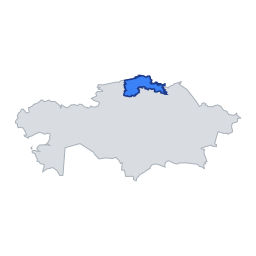 North Kazakhstan highlighted on a map of Kazakhstan
{"feature_id": "KAZ-3204", "entity_name": "North Kazakhstan", "entity_type": "Region", "adm_level": 1, "iso_a3": "KAZ", "parent_name": "Kazakhstan", "parent_adm1": "", "projection": "equal_earth", "projection_center": [70.634, 53.821], "detail": "fine", "context": "in_parent", "style": "filled", "palette": "blue", "viewbox_px": 256, "rotation_deg": 0, "n_neighbors": 0, "source": "natural_earth", "source_scale": "10m", "svg_char_len": 8018}
<svg xmlns="http://www.w3.org/2000/svg" viewBox="0 0 256 256"><path d="M150.3,168.3L149.0,168.9L148.2,169.9L147.2,169.6L145.4,171.5L139.9,174.6L136.5,178.8L136.4,180.7L135.5,180.7L133.4,179.3L133.8,177.6L132.8,176.3L125.6,176.4L124.5,170.2L121.6,170.1L122.3,162.7L120.6,163.5L118.9,160.3L115.6,157.3L112.9,158.5L105.8,157.9L98.8,158.9L94.3,153.9L93.5,152.2L80.0,143.6L65.1,147.7L62.9,175.4L59.8,175.5L56.8,170.4L52.8,167.6L46.4,169.1L42.9,171.9L43.0,169.4L44.1,166.9L44.2,164.4L40.2,163.6L38.8,161.4L37.0,161.3L37.3,159.0L36.1,157.0L35.1,153.7L32.4,152.7L32.0,151.7L32.4,150.8L33.1,150.5L35.6,150.4L37.3,151.4L39.5,151.2L38.2,150.5L36.7,148.3L39.4,145.1L45.2,144.7L49.5,145.3L47.3,143.5L49.8,139.0L49.6,136.9L50.3,135.5L49.9,134.1L49.1,133.4L46.7,133.2L44.6,134.3L41.8,132.9L39.5,132.3L35.0,134.0L31.8,136.0L28.7,136.6L28.7,137.4L28.2,137.2L27.7,137.5L27.9,137.9L24.6,136.2L24.1,135.6L24.2,135.0L26.2,135.2L26.7,134.7L23.2,128.0L19.4,127.3L18.3,127.8L17.4,126.3L17.5,124.2L15.5,123.0L15.4,121.8L16.1,120.2L18.3,117.7L17.3,116.2L17.5,115.3L18.8,112.8L20.4,111.8L21.1,109.9L22.2,109.0L23.3,109.1L26.2,112.8L26.7,113.0L28.6,112.3L29.1,111.7L28.5,107.5L29.5,107.6L32.6,105.9L33.7,104.3L35.5,103.9L38.4,102.6L41.3,99.9L43.3,100.4L44.1,101.6L45.5,101.5L49.0,100.0L50.7,101.5L54.9,101.5L58.9,104.6L60.2,106.4L60.4,107.7L60.8,108.1L61.4,107.2L61.0,105.2L61.6,104.8L65.3,107.2L67.0,107.7L69.1,106.8L69.7,105.9L71.7,104.7L72.3,105.0L74.5,104.4L76.8,105.6L77.9,105.4L79.0,104.2L81.8,104.4L84.5,107.0L87.6,107.5L87.9,108.4L89.5,107.7L91.0,105.9L92.9,107.1L95.7,107.0L98.2,105.8L99.4,103.3L99.3,102.6L98.3,101.8L93.6,100.4L93.2,99.6L91.3,98.5L93.6,97.2L94.9,97.0L96.7,95.7L95.7,93.4L97.3,91.5L102.2,91.6L102.8,91.2L102.5,90.5L100.7,89.7L98.2,89.3L98.1,89.0L98.5,88.3L100.1,87.8L99.8,87.4L98.6,87.6L97.2,87.1L98.7,84.5L102.4,85.0L115.9,82.1L118.4,82.0L119.2,82.4L120.1,81.2L121.4,80.5L125.3,80.2L135.5,78.2L136.0,77.7L135.8,77.0L137.5,76.7L139.9,75.5L142.5,75.8L146.1,77.0L149.1,76.1L150.0,77.2L151.4,80.7L151.3,82.2L150.7,82.9L150.9,83.2L152.2,83.6L155.8,83.3L156.7,82.5L157.8,83.8L158.1,85.0L158.9,84.6L158.7,84.0L159.0,83.7L160.6,83.9L162.3,84.9L164.8,84.3L164.7,85.1L162.7,86.6L162.6,87.3L163.3,88.3L165.7,87.1L167.5,87.4L168.3,88.0L168.8,87.0L170.8,85.8L172.8,85.3L173.6,84.8L173.9,84.0L181.2,81.7L180.4,83.7L179.1,83.6L179.5,84.5L187.0,89.5L196.3,101.5L199.4,106.4L201.7,105.2L201.8,103.6L203.3,102.8L205.5,103.5L205.3,105.1L207.0,105.1L207.5,106.6L213.1,106.7L214.5,105.6L217.7,104.9L221.0,106.4L223.4,110.1L227.1,111.4L227.3,112.5L228.8,114.5L234.1,115.3L236.6,113.3L236.9,113.9L236.5,114.8L237.5,115.4L238.7,116.8L240.1,117.3L240.6,118.2L237.8,118.4L237.5,119.2L237.6,120.9L236.8,122.1L232.4,123.2L231.5,126.5L232.6,131.2L231.8,132.6L230.4,132.8L228.0,134.3L227.3,133.3L223.6,133.3L218.0,131.7L214.7,143.3L214.8,143.9L216.5,144.6L216.6,145.5L216.1,146.8L214.6,146.1L212.8,146.5L211.3,145.1L202.2,147.7L201.2,148.6L201.9,149.2L203.4,149.1L204.7,149.8L204.0,151.0L204.2,154.4L206.1,158.4L206.3,160.3L207.1,161.4L206.9,161.8L206.1,161.7L204.8,162.3L204.8,162.8L205.8,163.6L203.9,164.6L203.7,165.4L204.4,168.4L204.1,168.7L202.3,167.0L199.5,166.5L197.6,164.3L185.2,162.8L178.6,163.1L177.4,164.0L175.9,163.8L172.7,162.8L169.1,160.8L167.6,161.1L165.4,162.6L164.7,165.7L165.1,167.1L158.0,164.4L155.0,164.0L152.1,164.6L150.0,167.6L150.3,168.3ZM32.0,148.8L31.4,149.0L31.0,148.2L31.2,147.4L31.7,147.1L31.2,148.1L32.0,148.8ZM46.6,144.7L46.1,144.5L45.9,144.2L46.6,143.9L46.6,144.7Z" fill="#d9dde1" stroke="#a8b0b8" stroke-width="1"/><path d="M139.7,75.3L140.6,75.5L140.8,75.8L140.9,76.0L141.2,75.9L141.6,75.6L142.5,75.8L143.5,75.9L144.2,76.2L144.3,76.3L144.7,76.7L144.9,76.8L145.3,76.8L145.5,76.9L146.2,77.2L146.3,77.2L146.6,76.9L147.1,76.8L147.2,76.7L147.3,76.5L147.5,76.2L148.0,76.3L148.4,76.3L148.5,76.2L149.0,76.0L149.3,76.1L149.5,76.2L149.3,76.4L149.3,76.5L150.2,77.4L150.3,77.6L150.3,78.0L150.2,78.2L150.3,78.4L150.2,78.6L150.2,78.8L150.4,79.1L150.4,79.3L150.5,79.5L151.0,79.8L151.4,79.8L151.5,79.9L151.8,80.1L151.8,80.3L151.8,80.5L151.7,80.6L151.4,80.6L151.2,80.7L151.2,80.9L151.2,81.4L151.2,81.5L151.3,81.6L151.3,81.9L151.5,82.0L151.5,82.5L151.1,82.6L150.7,82.4L150.3,82.5L150.3,82.8L150.7,82.9L150.8,83.0L150.7,83.1L150.7,83.3L150.9,83.5L151.0,83.5L151.2,83.9L151.3,83.9L151.6,83.9L151.8,83.7L152.0,83.4L152.3,83.3L152.5,83.4L152.8,83.4L152.9,83.6L153.0,83.9L153.4,83.8L153.5,83.8L153.9,83.9L154.2,83.7L154.2,83.4L154.2,83.2L154.3,83.1L154.5,83.0L155.5,83.1L155.8,83.2L156.1,83.6L156.3,83.8L156.6,83.8L156.7,83.7L156.7,83.4L156.3,83.3L156.2,83.2L156.1,82.9L156.3,82.6L156.2,82.5L155.9,82.3L155.9,82.2L156.0,82.1L156.5,82.2L156.7,82.3L156.9,82.4L157.1,82.6L157.1,82.8L157.4,83.0L157.5,83.1L157.3,83.4L158.3,83.7L158.3,83.8L158.2,83.9L157.9,84.0L157.7,84.0L157.8,84.3L158.0,84.5L157.9,84.7L157.7,85.0L157.8,85.2L158.0,85.3L158.2,85.2L158.3,85.2L158.5,85.0L158.6,84.8L158.8,84.8L159.3,84.9L159.5,84.9L159.4,84.7L159.2,84.3L158.9,84.3L158.4,84.3L158.4,84.2L158.5,84.0L158.8,83.8L159.0,83.7L160.4,83.8L160.7,83.8L160.8,83.8L160.9,84.0L160.9,84.3L161.2,84.4L161.2,84.5L161.3,84.7L161.4,84.8L163.0,85.0L163.1,84.8L163.3,84.8L163.5,85.0L163.8,84.9L163.8,84.7L164.2,84.5L164.2,84.4L164.2,84.2L164.5,84.1L164.6,84.3L165.0,84.2L164.8,85.3L164.7,85.5L164.4,85.6L163.6,85.4L163.5,85.5L163.4,85.5L163.2,85.6L163.1,85.8L163.4,85.9L162.9,86.0L162.7,86.7L162.4,86.8L162.3,87.0L162.5,87.2L162.3,87.5L163.2,87.8L163.0,88.2L163.3,88.4L163.5,88.3L164.2,89.3L163.9,89.4L163.5,89.5L163.5,90.0L163.7,90.4L164.1,90.2L164.4,89.9L164.6,89.8L164.8,89.9L165.2,90.0L164.9,90.4L164.7,90.8L164.2,91.5L164.5,91.5L164.8,91.6L164.7,91.8L164.6,92.4L165.3,92.5L165.7,92.0L166.3,91.9L166.7,92.2L166.6,92.8L166.4,92.9L166.3,93.3L166.1,93.7L165.9,93.4L165.3,93.2L165.1,93.2L165.3,93.7L166.0,93.9L166.4,94.2L164.7,94.1L163.7,93.5L161.5,92.9L161.0,92.9L160.9,92.0L160.6,91.7L160.6,91.3L160.3,91.0L160.1,91.1L159.8,91.2L159.2,91.3L158.6,91.2L158.2,91.3L157.1,91.9L155.4,91.9L154.7,91.7L154.4,91.2L154.7,90.8L154.7,90.2L154.9,90.0L154.6,89.7L154.1,89.2L153.7,88.7L152.4,89.3L152.1,89.3L151.8,89.3L151.7,89.2L151.0,89.1L151.0,88.7L150.9,88.6L149.4,88.5L148.7,88.6L148.5,89.1L148.1,89.2L148.0,89.7L147.6,89.5L147.3,89.1L146.8,88.8L146.1,88.9L145.7,88.8L145.9,88.6L146.1,88.3L146.2,88.1L145.5,88.0L145.2,87.9L145.0,88.0L145.0,87.6L144.8,87.0L144.6,86.8L144.3,86.7L143.4,86.7L142.5,87.1L142.3,87.3L142.3,87.5L142.5,87.7L142.5,87.9L142.1,87.9L142.0,87.4L141.8,87.3L141.6,87.1L141.1,86.8L140.8,87.0L140.5,87.2L140.1,87.1L139.8,87.0L139.5,87.0L139.3,87.1L139.1,87.1L139.2,87.4L139.3,87.6L139.0,87.6L138.4,87.7L138.5,88.0L138.3,88.1L138.0,88.4L137.6,88.6L137.9,89.1L138.3,89.5L138.9,89.6L139.1,90.1L139.4,90.5L139.2,91.2L138.8,91.5L138.9,92.5L139.0,92.6L138.3,92.9L138.0,93.1L137.5,93.3L137.3,93.6L137.2,93.7L137.0,93.9L136.9,94.1L136.6,94.1L135.5,94.5L135.2,94.5L135.2,94.9L135.6,95.3L135.0,95.8L134.6,95.8L134.6,96.0L134.0,96.1L132.8,95.5L132.1,95.3L131.5,95.4L131.4,96.4L130.3,96.5L129.8,96.6L128.0,96.3L127.3,96.3L127.1,95.8L125.8,95.9L125.3,96.0L124.9,95.5L123.9,95.3L124.0,94.1L124.2,93.1L124.6,92.7L124.7,92.2L124.7,91.9L124.6,91.6L124.4,91.4L124.3,91.2L124.6,90.7L125.8,90.6L126.3,90.3L125.8,90.0L125.5,89.6L125.5,88.8L125.4,88.1L124.7,88.0L124.5,87.4L125.0,87.0L125.1,86.3L124.8,85.9L124.4,85.9L124.2,85.2L124.1,84.7L124.7,84.4L126.0,83.9L125.6,83.4L124.9,83.2L124.6,82.9L125.2,82.7L124.6,80.4L126.5,80.0L126.8,79.9L127.5,79.9L127.8,79.9L128.1,79.7L128.3,79.6L129.3,79.6L129.8,79.5L129.9,79.4L130.3,79.4L130.5,79.4L130.8,79.1L131.1,79.0L131.4,79.1L131.7,79.0L132.7,79.0L133.1,78.9L133.4,78.7L133.7,78.4L133.9,78.3L134.1,78.3L134.7,78.4L135.6,78.4L135.7,78.1L135.8,78.1L135.9,77.8L136.0,77.8L136.3,77.7L135.9,77.4L135.7,77.3L135.8,77.1L135.6,77.0L136.0,76.8L136.3,76.9L136.7,76.8L136.8,76.8L137.2,76.9L137.6,76.8L137.9,76.8L137.9,76.7L138.0,76.7L137.9,76.5L138.0,76.4L138.3,76.3L138.3,76.2L138.4,75.7L138.5,75.8L139.0,75.8L139.3,76.0L139.6,76.3L139.8,76.3L139.9,76.2L139.8,75.8L139.6,75.7L139.5,75.4L139.7,75.3Z" fill="#3b82f6" stroke="#1e3a8a" stroke-width="1.5"/></svg>